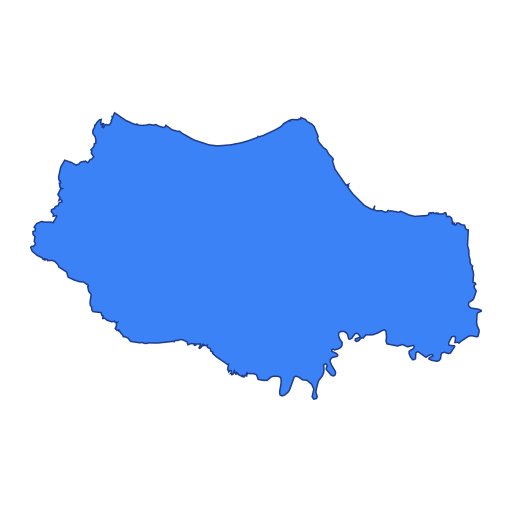 the district of Tuban, Jawa Timur, Indonesia
{"feature_id": "22746128B21203406788524", "entity_name": "Tuban", "entity_type": "district", "adm_level": 2, "iso_a3": "IDN", "parent_name": "Indonesia", "parent_adm1": "Jawa Timur", "projection": "albers", "projection_center": [111.881, -6.959], "detail": "fine", "context": "isolated", "style": "filled", "palette": "blue", "viewbox_px": 512, "rotation_deg": 0, "n_neighbors": 0, "source": "geoboundaries", "source_scale": "gbopen_adm2", "svg_char_len": 6030}
<svg xmlns="http://www.w3.org/2000/svg" viewBox="0 0 512 512"><path d="M66.6,272.0L68.2,277.2L73.6,279.8L79.4,281.7L83.7,282.0L86.7,284.3L87.8,284.5L88.4,286.0L87.7,286.4L88.7,291.4L91.2,294.3L90.0,302.6L90.4,305.5L91.6,307.0L92.0,310.3L93.0,311.6L101.1,312.6L101.9,315.5L103.1,315.9L102.6,319.1L103.1,318.4L104.5,318.1L107.0,320.2L111.7,321.8L114.6,321.2L115.3,322.6L117.2,322.2L116.5,323.0L116.4,325.8L115.2,328.6L117.1,330.5L118.8,330.0L118.9,331.1L120.1,331.6L120.5,332.7L122.7,335.1L123.3,336.8L124.9,336.7L127.8,337.9L130.6,341.4L139.5,342.8L142.6,342.5L144.0,343.3L146.0,343.5L148.5,342.9L158.1,343.0L172.7,341.4L174.2,341.7L175.1,340.4L177.8,340.5L179.9,339.6L182.2,339.7L187.1,341.8L187.9,344.8L190.8,343.6L194.8,343.9L194.2,345.0L195.0,345.4L195.7,345.2L195.7,344.1L200.3,344.0L200.2,345.6L199.0,347.8L199.5,348.4L200.9,347.7L202.3,344.9L202.6,345.5L203.3,344.6L203.8,345.4L204.0,344.9L205.3,345.6L207.3,345.2L207.0,346.3L207.7,347.5L210.3,348.6L210.8,351.1L213.1,352.4L212.7,353.5L216.4,356.8L227.3,364.3L228.6,364.3L227.6,369.1L228.8,371.9L229.7,370.5L231.1,370.6L231.3,372.7L230.6,373.5L231.9,373.4L232.0,374.3L231.2,375.0L233.3,374.0L234.3,370.8L235.6,374.1L236.8,374.0L235.7,372.7L236.5,372.3L238.8,374.8L242.8,376.8L242.7,375.6L244.3,376.6L244.7,375.8L246.3,375.9L245.9,375.3L246.7,375.3L247.1,374.5L246.4,373.7L246.8,372.7L248.0,373.5L254.4,373.8L256.7,375.0L258.1,379.4L263.7,380.4L267.2,380.4L271.0,377.0L273.6,376.2L277.7,376.3L280.4,377.2L281.1,379.6L281.1,383.1L279.6,391.8L280.0,394.9L282.0,395.9L284.4,395.2L288.2,392.0L289.5,390.0L294.2,377.1L294.9,376.4L296.7,376.3L299.4,377.4L302.4,379.8L306.9,380.3L311.7,384.3L313.8,389.2L312.1,396.9L313.8,399.2L316.5,398.5L317.2,396.7L315.9,392.1L316.6,387.9L318.4,381.0L322.3,375.9L323.5,373.2L324.0,369.9L323.7,365.4L324.2,364.3L325.7,363.8L326.8,364.7L327.2,366.1L326.2,368.1L326.2,369.4L331.2,375.2L333.3,376.0L335.0,375.1L335.6,372.8L335.3,371.4L331.7,365.4L330.2,361.9L330.2,359.6L332.2,357.5L337.1,356.4L337.8,355.1L336.5,353.5L331.9,351.3L331.7,349.8L332.9,349.1L334.8,349.9L338.5,348.8L340.9,347.2L342.0,345.5L342.2,342.6L339.4,338.5L338.5,335.1L338.9,332.6L340.8,331.5L343.9,331.4L345.8,332.5L347.6,334.4L348.6,338.8L349.7,339.3L351.9,338.1L354.9,333.8L356.3,333.3L357.9,333.7L360.2,336.5L359.4,337.4L355.4,338.9L355.1,340.5L356.5,341.5L358.6,340.7L361.2,337.9L363.3,338.0L365.8,334.9L372.7,334.8L377.8,333.0L382.6,330.3L384.8,329.9L386.1,331.7L386.5,337.1L386.0,341.2L387.0,343.9L397.6,346.0L402.3,344.5L407.7,346.8L413.2,345.4L414.1,345.9L414.2,347.0L413.4,348.6L409.8,350.6L409.1,351.5L409.1,353.6L410.3,356.6L412.5,359.7L414.2,359.6L415.5,358.7L415.8,353.0L416.8,352.1L418.2,351.7L425.9,357.3L429.8,354.8L432.6,354.7L432.8,356.2L429.4,357.6L428.8,358.9L431.6,360.3L437.0,361.3L439.1,360.5L440.5,358.7L441.2,354.1L441.9,353.0L444.4,352.2L448.4,353.6L450.5,353.0L454.7,346.5L454.4,345.8L449.4,345.3L448.8,344.6L448.7,342.8L451.8,336.7L454.6,336.3L455.6,337.5L454.9,342.5L457.9,342.3L459.0,343.1L460.9,341.3L468.6,336.2L471.8,335.7L476.4,336.8L477.9,336.5L479.1,332.1L479.0,329.8L477.2,325.9L476.6,322.5L477.0,314.3L478.0,312.6L481.3,311.2L481.2,310.3L478.4,309.2L471.2,308.1L469.3,306.8L468.4,304.9L468.9,302.4L472.8,300.0L473.9,298.1L476.2,291.0L474.3,287.7L474.1,285.5L475.8,284.1L475.0,282.9L472.9,282.2L473.6,274.4L472.9,270.3L472.4,269.9L472.2,267.3L472.7,266.2L470.8,264.4L470.0,261.9L470.1,259.9L468.9,255.5L468.9,250.4L467.5,245.6L468.3,229.9L467.1,229.9L465.5,228.6L464.6,225.2L461.5,224.8L458.9,223.1L456.8,223.1L456.3,224.4L454.9,225.1L454.2,224.6L454.5,223.2L452.5,223.9L452.1,223.0L452.9,222.0L452.0,220.6L451.6,218.2L449.4,216.3L446.8,216.6L445.8,212.8L444.5,212.8L443.2,213.9L440.1,214.0L438.3,213.9L438.0,213.1L436.8,213.5L437.0,212.5L436.5,213.2L434.2,213.5L433.4,212.6L431.5,212.8L431.2,213.4L430.1,212.7L429.7,213.4L428.9,213.3L428.6,215.0L427.2,215.5L414.8,216.4L409.1,215.0L400.6,211.2L399.1,212.3L390.9,210.8L389.7,211.1L388.4,210.5L387.7,210.7L387.1,211.9L385.2,212.2L381.6,210.7L376.6,210.8L373.7,209.5L374.9,205.6L373.2,209.6L371.1,209.1L364.4,205.5L352.9,194.1L347.7,187.1L349.0,185.9L348.3,186.1L348.4,185.4L347.6,185.2L348.3,184.3L346.0,185.2L335.0,169.3L332.5,161.2L333.3,159.5L332.8,158.3L328.8,154.2L326.4,149.8L323.1,147.4L318.7,142.0L317.4,137.9L318.2,136.5L314.1,126.4L311.5,123.9L307.3,121.7L305.3,119.4L300.9,117.6L300.6,119.1L298.8,119.0L298.1,119.8L292.2,119.5L291.0,119.7L290.1,121.1L289.5,120.3L284.0,123.4L281.1,126.5L275.5,129.8L262.3,135.9L259.3,136.7L258.1,136.4L257.1,137.6L249.0,140.5L241.3,142.8L230.3,144.9L217.5,145.9L209.0,144.9L194.0,140.0L182.2,133.4L179.5,131.2L177.2,131.3L171.7,129.6L165.9,125.3L165.2,126.8L163.5,127.5L158.4,126.0L155.7,124.5L154.0,125.2L149.2,124.4L146.3,125.2L141.2,125.4L138.5,125.2L136.9,124.0L136.3,124.7L132.9,123.7L127.5,121.1L127.2,121.4L114.6,112.8L112.7,117.0L112.1,116.8L112.5,118.1L111.2,120.4L111.6,121.4L109.7,124.6L107.9,125.2L106.4,124.4L104.9,124.8L103.5,127.7L102.1,127.1L103.6,123.7L103.1,123.4L101.8,124.7L101.1,124.6L101.0,122.8L100.5,122.6L101.3,119.4L99.6,119.8L97.1,122.2L95.9,124.3L95.0,124.8L94.5,127.5L93.2,129.6L92.8,131.5L92.9,133.6L95.0,136.5L95.8,139.1L95.9,143.2L94.4,143.6L93.9,146.6L90.9,149.9L91.8,150.8L91.3,153.1L93.7,156.7L91.6,159.4L90.2,159.5L87.8,162.8L85.4,161.1L84.6,161.7L83.9,161.3L80.5,162.2L79.0,163.9L76.1,165.2L71.5,162.5L64.7,160.2L60.7,167.2L58.6,177.0L58.8,179.5L59.5,181.0L60.3,180.9L60.6,183.0L59.3,183.1L60.0,187.2L60.7,188.2L62.2,188.5L60.1,189.7L57.9,194.6L59.9,197.6L58.9,200.3L60.6,199.4L61.9,200.7L61.8,202.1L59.3,202.5L58.1,205.7L56.2,206.3L54.8,207.4L54.8,208.3L51.5,209.7L51.2,211.6L53.4,214.2L53.1,216.3L56.5,215.6L56.8,216.3L53.1,222.8L51.4,222.1L44.0,222.1L41.8,221.4L36.6,223.6L34.1,227.2L35.4,228.4L35.1,231.1L32.9,231.5L33.1,234.6L35.0,236.5L34.2,241.1L35.5,243.9L33.7,246.3L32.1,246.2L30.7,247.3L32.2,251.2L37.5,255.6L42.2,257.7L42.7,259.0L44.3,259.9L45.0,259.9L44.7,258.9L47.1,259.5L47.5,260.6L52.0,260.4L54.9,261.5L58.0,264.6L58.9,267.0L66.6,272.0Z" fill="#3b82f6" stroke="#1e3a8a" stroke-width="1.5"/></svg>